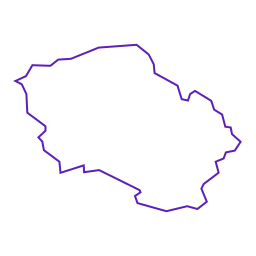 Lisburn, Natural Earth projection
{"feature_id": "GBR-2090", "entity_name": "Lisburn", "entity_type": "District", "adm_level": 1, "iso_a3": "GBR", "parent_name": "United Kingdom", "parent_adm1": "", "projection": "natural_earth1", "projection_center": [-6.062, 54.5], "detail": "fine", "context": "isolated", "style": "outline", "palette": "violet", "viewbox_px": 256, "rotation_deg": 0, "n_neighbors": 0, "source": "natural_earth", "source_scale": "10m", "svg_char_len": 714}
<svg xmlns="http://www.w3.org/2000/svg" viewBox="0 0 256 256"><path d="M240.6,141.8L234.8,150.6L225.9,152.4L223.6,158.5L215.7,161.7L218.6,172.7L203.7,184.0L201.4,188.7L206.8,201.7L197.4,209.0L187.2,206.2L166.4,211.2L137.5,203.1L135.0,196.0L140.5,192.3L139.7,190.2L99.1,170.1L84.1,172.2L83.7,165.4L60.5,172.8L59.4,161.7L43.9,150.2L42.3,141.6L38.4,137.4L45.5,130.7L45.4,126.2L27.3,112.7L26.4,94.1L21.8,84.3L15.4,81.0L26.0,76.1L32.4,65.2L50.4,65.8L58.2,59.6L70.9,58.8L98.6,47.6L136.6,44.8L148.7,54.5L153.7,64.1L154.6,73.1L177.5,85.6L181.7,99.2L188.0,100.5L190.1,94.1L195.0,90.9L211.2,100.8L214.2,109.7L222.1,114.5L225.3,126.7L230.7,127.5L232.0,134.1L240.6,141.8Z" fill="none" stroke="#5b21b6" stroke-width="2"/></svg>